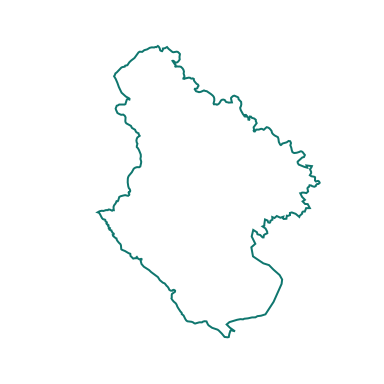 Kadiolo, Sikasso, Mali (Equal Earth projection), rotated 130°
{"feature_id": "8926073B46210070398927", "entity_name": "Kadiolo", "entity_type": "district", "adm_level": 2, "iso_a3": "MLI", "parent_name": "Mali", "parent_adm1": "Sikasso", "projection": "equal_earth", "projection_center": [-5.916, 10.605], "detail": "fine", "context": "isolated", "style": "outline", "palette": "teal", "viewbox_px": 384, "rotation_deg": 130, "n_neighbors": 0, "source": "geoboundaries", "source_scale": "gbopen_adm2", "svg_char_len": 6035}
<svg xmlns="http://www.w3.org/2000/svg" viewBox="0 0 384 384"><g transform="rotate(130 192 192)"><path d="M272.8,73.3L271.1,69.5L271.6,75.7L271.2,80.3L267.6,79.7L260.9,75.3L258.3,73.2L256.7,71.0L255.5,70.5L252.8,67.9L249.6,65.5L247.2,62.8L245.1,62.1L242.4,59.6L238.5,57.1L223.7,58.9L204.8,64.3L201.1,66.7L199.3,71.5L199.1,79.7L198.5,86.0L200.8,91.5L202.1,103.9L196.2,111.0L191.0,110.2L187.7,117.7L181.7,120.7L181.1,116.4L182.3,114.7L181.1,112.1L181.4,108.7L180.8,108.0L178.8,109.2L177.7,109.0L175.2,107.8L174.0,109.0L172.7,112.2L173.0,115.8L171.3,115.0L170.2,115.9L166.1,118.4L165.3,115.8L166.3,114.0L165.6,112.7L164.8,112.7L163.6,113.4L161.5,112.6L159.6,114.4L158.9,112.1L155.9,111.6L154.9,107.8L152.3,106.2L153.7,105.6L153.7,104.4L151.8,102.5L149.2,104.1L148.7,103.2L146.7,102.1L145.1,103.5L143.5,102.4L142.1,98.6L142.1,93.8L141.1,94.2L137.8,93.7L136.8,94.5L135.5,94.3L134.5,93.0L131.0,94.2L128.6,91.4L126.9,95.6L128.5,97.7L128.1,101.2L125.4,100.5L125.0,104.5L123.4,108.2L122.6,107.5L121.7,107.3L120.5,105.8L119.3,103.7L117.0,103.4L114.9,106.0L113.7,106.1L112.7,105.7L111.3,106.3L110.4,104.9L110.3,103.8L109.4,101.7L108.0,101.0L107.4,101.4L105.5,101.3L104.5,100.3L102.9,100.1L102.3,101.3L102.5,102.6L104.3,103.9L104.1,105.2L101.6,107.2L101.8,108.3L103.2,110.7L103.4,112.5L100.9,112.9L100.0,113.7L98.7,116.2L96.4,116.4L95.1,116.8L98.1,121.4L99.3,119.4L100.5,122.0L102.4,127.9L101.7,129.8L100.8,130.6L94.6,129.7L93.3,128.7L91.1,129.3L90.3,133.1L90.5,134.2L91.2,135.1L92.4,135.6L94.6,137.0L96.5,138.8L96.9,140.6L96.0,142.2L94.2,144.5L93.0,146.7L90.9,147.6L90.0,149.4L90.8,150.8L93.1,151.4L96.8,153.9L98.3,153.9L98.9,154.1L99.0,155.0L97.8,157.7L95.6,160.1L94.8,161.5L95.6,165.2L95.6,167.2L95.2,168.8L94.1,170.3L93.7,172.0L93.5,173.8L93.8,175.4L94.4,176.5L98.2,177.0L98.7,179.0L99.2,179.7L101.2,180.9L102.9,182.9L105.3,182.8L105.7,183.5L105.4,184.2L104.6,184.3L102.8,186.4L97.7,186.7L96.7,188.7L95.7,189.5L95.7,191.5L96.7,193.8L96.4,195.3L97.0,196.2L98.9,195.4L99.3,194.8L99.9,194.6L100.3,195.3L99.0,196.6L98.5,198.7L98.3,200.2L98.9,200.9L99.4,200.6L99.9,199.7L100.3,200.3L99.9,201.4L99.6,203.0L98.0,207.1L97.1,208.6L96.4,209.3L94.8,209.7L93.1,210.6L91.4,212.3L91.0,215.9L90.1,216.9L89.9,217.9L91.0,221.5L92.0,222.2L93.7,222.5L94.6,222.6L95.5,222.0L97.7,219.0L100.0,221.4L100.2,222.1L100.8,223.0L101.1,223.9L100.5,226.1L101.0,227.3L101.9,228.2L103.1,228.6L106.6,228.1L108.0,228.4L109.1,229.0L109.3,229.9L110.7,231.6L110.3,232.4L107.6,233.7L105.9,235.2L105.1,236.6L104.8,238.0L104.8,240.4L105.3,245.5L106.1,246.8L106.5,248.1L109.7,249.7L111.0,250.8L112.2,253.7L111.5,256.0L111.1,256.1L110.6,255.5L109.2,254.7L108.4,254.8L107.7,255.2L106.6,255.2L106.2,255.6L105.9,256.6L106.2,258.0L105.7,260.9L105.3,262.2L104.2,263.3L104.5,264.5L105.2,264.9L105.7,265.8L105.8,267.0L106.6,268.1L109.4,270.2L110.4,270.7L110.7,271.5L110.1,271.8L108.8,271.8L108.1,272.3L106.7,274.5L104.9,275.6L103.9,277.1L103.4,278.6L103.2,280.9L104.0,282.4L104.7,283.1L105.4,284.2L106.5,285.0L106.6,285.5L105.3,286.1L105.2,287.3L104.1,291.2L103.7,291.0L103.4,290.3L103.5,288.3L103.3,287.5L102.4,286.8L100.9,286.4L98.4,286.6L96.6,288.4L94.1,289.9L93.9,290.9L93.8,292.8L94.3,293.9L96.9,296.1L97.3,296.9L97.4,301.9L97.0,304.3L99.3,305.2L100.8,306.5L101.4,305.9L103.3,305.4L103.7,306.0L103.9,307.4L102.7,309.1L102.1,310.8L102.1,312.0L103.9,312.4L104.5,313.3L105.5,313.8L107.3,316.0L108.8,317.1L111.5,318.0L114.0,319.7L116.6,320.2L118.2,322.3L119.5,322.7L126.4,322.2L130.3,323.1L133.0,323.4L136.4,323.0L138.2,324.4L139.2,324.1L141.2,325.7L142.2,326.1L148.7,326.5L150.5,326.9L151.5,326.4L153.4,326.1L154.4,323.2L156.3,319.4L158.6,315.5L161.2,309.8L161.4,304.0L160.7,300.5L160.8,299.7L161.4,299.4L162.0,301.3L163.5,301.2L167.5,299.5L168.4,299.9L171.8,304.0L173.2,304.4L174.3,305.1L177.2,304.1L177.9,303.0L179.4,299.9L179.0,297.8L178.4,295.9L176.9,294.4L176.8,292.6L177.5,290.9L180.6,288.6L181.4,287.5L181.6,286.3L180.6,281.3L181.5,279.2L180.9,275.6L181.6,274.3L182.0,273.0L181.4,270.7L182.1,269.9L182.6,268.2L185.4,268.9L187.0,268.4L188.4,267.6L189.7,266.0L190.0,264.9L192.3,263.8L193.1,263.1L193.2,261.6L194.0,259.5L196.2,255.4L197.7,254.0L199.8,252.8L201.3,250.5L202.4,249.7L205.7,248.0L207.0,248.4L208.3,250.1L209.8,251.1L211.6,251.6L215.5,250.8L220.2,250.8L221.8,250.4L223.1,249.7L226.0,247.4L228.6,244.5L229.6,242.9L229.9,241.4L230.7,240.2L231.5,239.7L232.6,240.4L233.3,240.1L234.0,238.6L234.7,238.2L236.0,238.5L237.4,241.2L238.9,242.4L241.2,244.0L242.6,244.5L246.1,243.0L246.9,243.0L247.5,243.9L249.8,243.2L252.3,243.1L253.7,242.6L254.7,241.8L256.2,240.2L256.9,241.1L257.7,241.2L258.3,243.6L259.1,244.7L260.0,244.8L261.1,246.2L263.5,247.7L264.3,249.0L265.7,250.1L266.6,250.6L268.2,251.2L267.7,249.9L268.1,248.3L269.8,244.3L270.0,243.0L269.8,242.0L269.2,241.2L269.2,240.4L270.1,239.3L269.9,237.9L270.3,237.4L271.2,237.2L271.4,236.1L271.0,235.3L271.1,234.6L271.9,234.5L272.4,233.5L272.4,231.6L273.0,231.5L273.5,231.9L273.9,230.9L273.2,229.0L273.8,228.4L273.9,227.5L274.3,226.9L274.2,225.2L274.9,224.7L275.8,225.1L276.4,224.0L276.4,220.9L276.1,220.0L276.9,219.1L277.5,217.3L277.9,214.9L277.9,213.5L278.5,212.2L281.3,209.4L281.3,208.5L280.3,205.5L279.6,201.2L279.0,199.6L280.5,198.0L280.8,194.2L279.8,193.5L278.5,192.1L277.8,192.6L277.2,192.5L277.7,190.9L277.4,189.0L275.9,188.0L275.8,187.5L276.3,187.2L277.0,187.7L277.7,187.1L279.6,184.4L280.2,180.9L279.4,174.7L279.6,171.7L279.1,163.4L280.2,160.0L280.2,156.1L279.6,154.3L279.8,152.8L280.2,151.3L280.2,149.9L280.7,148.1L281.5,146.5L281.3,145.0L280.7,144.2L280.2,143.6L279.3,143.6L278.6,143.0L278.4,141.6L279.3,140.9L282.9,141.8L284.0,141.3L285.8,139.7L286.7,139.4L287.2,138.1L287.7,135.7L287.7,133.1L288.1,131.6L289.2,129.6L289.7,128.3L291.0,124.0L291.1,122.7L291.4,121.9L292.1,121.4L292.0,119.1L293.6,115.5L294.1,113.8L294.0,112.4L291.7,108.9L291.2,107.5L291.1,106.0L290.8,105.1L287.1,102.6L285.5,100.6L284.1,100.2L282.9,99.3L281.8,97.7L282.9,95.5L283.5,93.7L283.1,89.3L281.0,83.9L280.9,82.5L281.3,78.1L282.1,73.9L280.4,71.3L279.5,70.6L276.6,72.2L273.6,73.4L272.8,73.3Z" fill="none" stroke="#0f766e" stroke-width="2"/></g></svg>